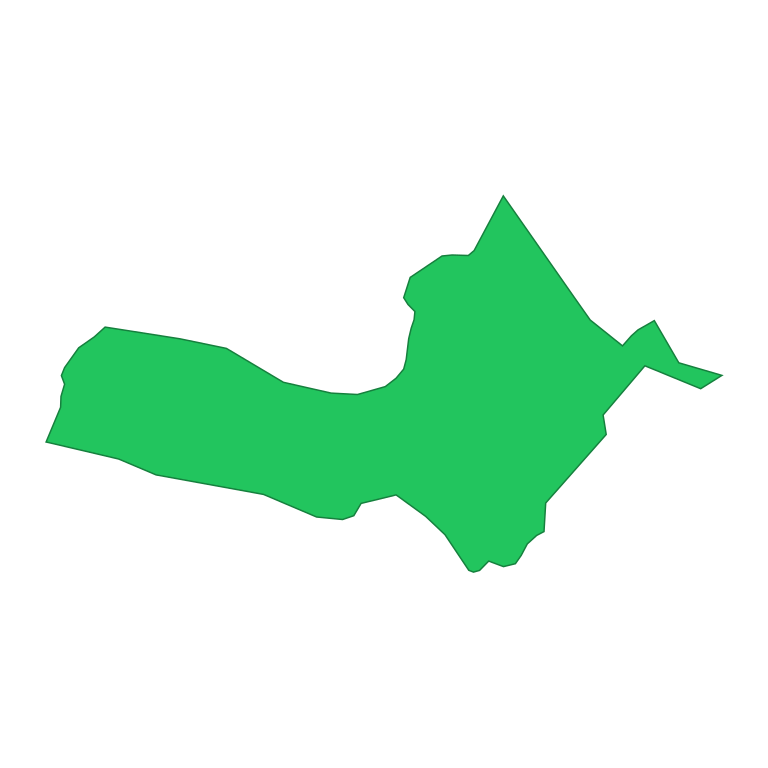 the Municipality of Ljutomer
{"feature_id": "SVN-265", "entity_name": "Ljutomer", "entity_type": "Municipality", "adm_level": 1, "iso_a3": "SVN", "parent_name": "Slovenia", "parent_adm1": "", "projection": "albers", "projection_center": [16.177, 46.529], "detail": "fine", "context": "isolated", "style": "filled", "palette": "green", "viewbox_px": 768, "rotation_deg": 0, "n_neighbors": 0, "source": "natural_earth", "source_scale": "10m", "svg_char_len": 916}
<svg xmlns="http://www.w3.org/2000/svg" viewBox="0 0 768 768"><path d="M721.9,375.4L700.7,388.7L644.9,365.8L603.1,415.0L605.9,432.5L606.2,434.5L545.7,503.0L544.0,531.6L542.8,532.2L536.7,535.4L527.3,543.9L521.2,555.4L515.4,563.7L503.5,566.6L488.7,561.1L479.6,570.4L473.5,572.1L468.8,570.3L445.0,534.7L425.7,516.4L396.1,494.9L361.1,503.4L353.8,515.7L342.6,519.5L316.6,517.0L263.5,494.4L156.1,474.9L118.6,459.0L46.1,442.0L60.6,407.3L61.0,396.4L64.6,384.2L61.4,375.6L64.6,367.6L78.7,347.8L94.3,336.9L105.1,327.1L179.9,338.8L226.4,348.4L283.4,382.3L331.1,393.1L357.5,394.5L385.3,386.6L396.1,378.2L403.7,369.1L406.2,359.6L408.7,338.7L411.2,328.2L414.1,319.7L414.9,311.5L408.0,304.5L403.7,297.7L410.2,277.4L442.0,256.0L452.1,255.0L468.3,255.5L474.1,250.6L503.3,195.9L574.9,298.3L590.2,320.0L622.5,345.9L631.4,335.8L638.0,329.9L654.3,320.6L678.8,362.8L721.9,375.4Z" fill="#22c55e" stroke="#15803d" stroke-width="1.5"/></svg>